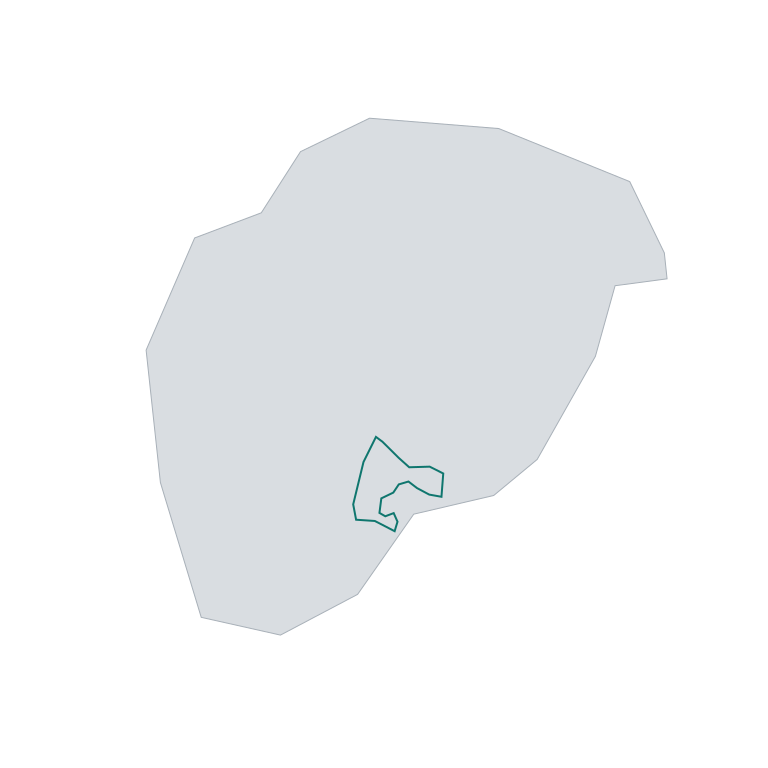 Port Louis on a map of Mauritius (orthographic projection), rotated 198°
{"feature_id": "MUS-5189", "entity_name": "Port Louis", "entity_type": "City", "adm_level": 1, "iso_a3": "MUS", "parent_name": "Mauritius", "parent_adm1": "", "projection": "orthographic", "projection_center": [57.509, -20.162], "detail": "fine", "context": "in_parent", "style": "outline", "palette": "teal", "viewbox_px": 768, "rotation_deg": 198, "n_neighbors": 0, "source": "natural_earth", "source_scale": "10m", "svg_char_len": 732}
<svg xmlns="http://www.w3.org/2000/svg" viewBox="0 0 768 768"><g transform="rotate(198 384 384)"><path d="M479.9,632.3L353.8,662.4L212.8,652.4L157.9,595.3L147.3,571.5L194.6,548.9L191.5,475.6L215.0,359.6L245.2,311.9L315.5,269.4L344.1,175.8L404.9,113.2L485.7,105.6L566.2,221.2L620.7,342.7L609.2,464.4L553.6,508.9L535.2,579.2L479.9,632.3Z" fill="#d9dde1" stroke="#a8b0b8" stroke-width="1"/><path d="M300.0,317.2L294.5,294.5L306.8,292.8L320.4,295.2L330.6,298.8L338.9,293.1L341.6,283.6L351.2,274.4L348.5,260.0L341.9,258.6L334.9,264.2L328.6,257.2L328.4,247.3L350.4,250.9L368.6,246.3L376.1,260.0L379.4,303.5L375.3,331.2L367.6,328.6L347.2,318.3L334.3,312.6L315.0,319.5L300.0,317.2Z" fill="none" stroke="#0f766e" stroke-width="2"/></g></svg>